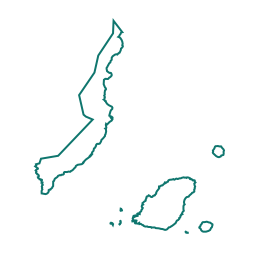 outline of Tawae/Siassi District, Morobe, Papua New Guinea, rotated 87°
{"feature_id": "67681753B89980721222980", "entity_name": "Tawae/Siassi District", "entity_type": "district", "adm_level": 2, "iso_a3": "PNG", "parent_name": "Papua New Guinea", "parent_adm1": "Morobe", "projection": "robinson", "projection_center": [147.705, -5.833], "detail": "fine", "context": "isolated", "style": "outline", "palette": "teal", "viewbox_px": 256, "rotation_deg": 87, "n_neighbors": 0, "source": "geoboundaries", "source_scale": "gbopen_adm2", "svg_char_len": 5933}
<svg xmlns="http://www.w3.org/2000/svg" viewBox="0 0 256 256"><g transform="rotate(87 128 128)"><path d="M188.8,217.6L189.7,213.8L189.4,212.6L188.6,211.4L187.3,210.5L185.9,210.5L185.4,209.7L185.5,208.7L184.8,208.2L183.7,206.8L183.0,206.6L182.1,205.8L177.5,205.5L176.9,204.6L175.3,204.0L174.7,203.5L173.2,201.1L172.1,200.3L171.5,198.5L171.7,197.5L171.2,196.9L171.2,195.4L170.6,194.5L169.1,194.3L168.6,193.5L168.8,191.2L168.4,189.6L168.7,188.1L168.6,187.8L168.0,187.3L167.7,186.4L166.6,184.8L165.8,184.2L164.4,182.5L163.3,182.1L162.9,181.6L162.1,180.1L161.7,176.1L160.8,174.6L160.2,174.2L160.6,175.2L158.7,173.2L157.3,171.7L155.4,168.7L155.1,168.5L154.8,167.7L154.0,166.8L152.9,165.8L152.9,166.2L153.6,166.9L153.5,167.2L152.4,166.2L152.2,165.6L150.4,165.1L148.9,163.6L146.7,163.1L146.1,162.1L145.5,161.6L144.7,161.4L144.3,160.9L143.0,160.6L142.3,159.8L142.2,158.7L142.4,158.0L142.0,156.9L140.0,155.6L138.6,155.2L136.9,153.3L134.8,151.4L133.9,151.4L133.1,150.8L130.3,150.0L128.2,150.1L127.4,150.7L127.2,149.9L126.5,149.6L123.7,150.0L122.8,149.7L123.5,149.1L123.5,148.8L121.0,146.1L119.8,144.0L118.4,143.0L117.6,143.0L117.5,143.4L117.7,144.0L116.4,144.8L116.2,144.6L116.2,144.1L117.1,143.0L116.7,142.9L115.8,143.8L114.8,146.0L114.4,146.0L110.3,144.6L109.3,144.0L108.1,142.7L106.8,142.5L105.9,143.0L104.4,145.7L103.0,147.4L101.2,148.6L100.0,148.8L99.9,149.5L99.0,149.9L98.4,150.7L98.1,150.1L97.1,149.8L96.6,149.9L96.1,149.5L95.4,149.6L94.4,150.1L93.4,149.4L91.8,149.5L89.2,149.0L88.5,148.1L88.0,147.9L87.0,148.2L86.4,148.8L83.0,150.0L78.6,149.5L77.7,148.1L78.0,145.7L77.9,145.2L76.8,144.2L76.2,143.0L74.8,141.6L73.7,141.5L72.3,142.0L72.0,142.6L72.0,143.7L70.2,145.9L67.8,146.3L66.8,146.2L65.7,145.3L64.4,144.7L63.9,144.2L62.5,143.5L61.6,142.2L60.2,141.9L59.0,140.7L57.0,140.6L55.6,139.6L54.1,137.3L53.7,135.8L54.1,134.8L53.1,133.9L53.0,133.4L52.4,133.0L52.3,132.4L50.0,131.2L48.3,130.8L47.6,129.9L46.4,128.9L45.4,129.0L45.0,129.4L43.6,128.9L41.4,129.2L39.7,129.8L37.8,130.9L37.0,131.8L36.5,132.9L35.7,131.9L34.5,131.3L33.7,130.5L32.3,129.9L32.1,129.7L32.0,128.7L20.2,136.8L32.7,138.0L54.1,153.9L70.9,158.6L92.6,175.1L112.3,171.7L114.4,169.5L117.7,162.8L152.1,199.2L154.1,216.5L158.7,218.3L159.4,221.8L160.5,221.5L161.4,222.7L163.6,220.1L163.9,220.1L164.0,220.6L164.3,220.7L164.9,221.8L165.6,222.5L166.7,221.7L167.8,222.2L168.2,222.1L168.9,221.2L169.4,221.1L169.5,220.6L170.6,219.6L171.1,219.8L171.5,219.6L172.0,219.9L172.4,220.6L173.4,220.2L174.2,218.9L174.6,218.9L174.8,217.6L175.2,216.7L175.7,216.7L176.1,217.4L177.5,216.8L178.0,217.1L178.1,216.4L178.6,216.7L179.4,216.4L179.8,216.6L180.4,216.1L181.2,216.9L182.1,217.2L182.8,216.8L183.6,217.1L184.8,216.7L185.8,217.4L187.5,217.7L188.3,217.5L188.8,217.6ZM187.0,64.7L185.9,63.5L185.2,64.1L183.9,64.1L183.7,64.4L183.8,65.9L183.5,66.3L183.1,66.2L182.2,67.6L182.4,68.4L182.2,68.7L181.7,68.5L181.4,68.7L181.4,69.0L180.7,70.0L180.4,71.5L180.9,72.2L180.5,72.7L180.6,73.8L180.2,74.9L180.5,76.7L181.0,77.9L181.0,79.4L181.5,80.6L181.5,81.4L181.1,82.0L181.2,82.8L182.0,84.2L182.0,84.6L181.4,85.3L181.8,86.8L181.9,89.2L182.3,90.2L182.7,90.6L183.6,90.8L184.0,91.9L184.5,92.5L184.6,93.1L184.2,93.9L184.5,94.1L185.0,93.5L185.9,95.3L187.0,96.4L187.2,96.9L187.1,97.7L187.9,98.8L188.0,100.1L189.1,100.2L189.6,99.9L190.1,100.2L192.7,102.5L194.2,103.3L195.0,103.3L195.9,104.2L196.3,104.8L196.6,104.7L196.8,104.9L197.1,106.5L198.0,107.2L198.2,107.9L197.8,109.0L196.9,109.8L196.3,110.9L197.3,111.9L197.3,112.6L197.6,112.9L198.2,113.3L199.0,113.3L200.6,114.2L201.3,114.1L201.7,114.3L202.2,115.5L203.4,116.9L203.8,117.5L204.7,117.4L205.3,116.9L205.9,118.1L207.3,118.4L208.2,118.0L208.4,117.5L208.8,117.5L209.3,118.0L209.9,118.1L210.6,118.9L211.9,119.2L213.0,120.9L213.7,120.7L214.6,120.8L214.3,121.8L215.5,123.0L216.3,123.0L216.5,124.8L217.9,127.8L218.9,128.1L219.6,127.5L220.0,127.4L220.5,127.9L221.2,127.6L221.3,126.9L220.7,125.8L220.7,124.9L220.9,124.4L222.2,124.9L223.0,126.1L223.5,125.9L223.7,125.4L223.6,124.6L224.0,123.8L223.8,122.7L223.5,122.1L224.0,122.2L224.6,121.8L224.3,120.4L225.5,118.9L225.9,117.8L226.5,117.6L227.1,116.5L227.4,115.4L227.3,114.0L227.8,113.3L228.0,112.1L228.1,110.3L228.8,109.7L228.6,109.2L228.7,106.5L229.4,105.6L229.8,102.5L230.5,100.3L230.7,98.8L231.7,96.3L231.5,95.0L231.1,94.1L229.4,92.5L229.4,91.8L229.0,90.7L228.4,90.0L228.1,89.2L226.7,87.1L226.0,86.3L225.7,85.6L223.1,84.1L222.5,82.7L221.2,81.4L220.6,81.6L219.8,80.5L219.2,80.2L218.3,80.2L217.7,79.4L217.3,79.4L216.9,78.2L216.2,78.6L215.8,78.4L214.4,77.6L213.6,76.6L212.1,76.9L209.0,76.7L208.1,76.4L207.3,75.4L206.4,75.8L204.9,76.0L202.7,75.3L201.2,74.3L200.1,73.1L199.7,71.0L198.7,70.3L196.8,67.9L196.1,67.4L195.6,65.9L194.9,65.1L192.8,65.1L192.2,64.5L190.9,64.5L190.1,64.0L188.7,64.5L187.0,64.7ZM231.5,61.9L232.3,60.8L234.0,60.2L235.1,59.1L235.5,58.0L235.6,55.5L235.0,53.0L234.1,51.3L232.2,50.3L231.6,49.5L229.3,48.7L228.6,48.7L226.7,51.1L226.6,52.0L225.7,54.2L226.0,56.5L225.9,58.0L226.4,58.8L227.7,59.5L229.0,60.7L229.9,60.9L230.4,61.6L230.9,62.0L231.5,61.9ZM156.7,33.8L155.5,33.3L154.4,33.7L152.1,35.6L151.4,35.8L151.2,36.1L151.2,37.7L150.7,39.1L150.8,41.6L151.4,42.2L153.1,42.9L154.9,44.4L156.0,44.2L157.0,44.6L157.7,44.3L160.6,41.5L161.5,40.1L161.9,38.7L161.3,36.9L160.4,36.3L159.9,34.2L158.7,33.8L156.7,33.8ZM222.6,150.4L222.8,148.9L224.1,148.2L223.2,147.9L222.2,148.6L221.7,149.9L222.2,150.5L222.6,150.4ZM210.3,139.6L210.0,138.3L209.7,138.3L209.1,138.9L208.4,139.0L208.2,139.5L210.1,139.8L210.3,139.6ZM216.6,127.3L217.0,126.6L216.0,124.7L215.7,125.0L215.9,126.6L216.1,127.1L216.6,127.3ZM235.6,75.4L235.8,74.4L235.8,73.8L235.6,73.8L235.3,74.9L234.6,75.7L234.8,75.9L235.6,75.4ZM214.5,123.1L214.5,122.8L214.0,122.4L213.9,122.9L214.3,123.3L214.5,123.1ZM223.9,141.4L223.6,141.0L223.1,141.0L223.2,141.4L223.7,141.6L223.9,141.4ZM221.5,128.5L221.4,128.0L220.8,128.2L221.0,128.6L221.5,128.5ZM221.2,140.6L221.5,140.2L220.6,140.2L220.4,140.4L220.5,140.6L221.2,140.6Z" fill="none" stroke="#0f766e" stroke-width="2"/></g></svg>